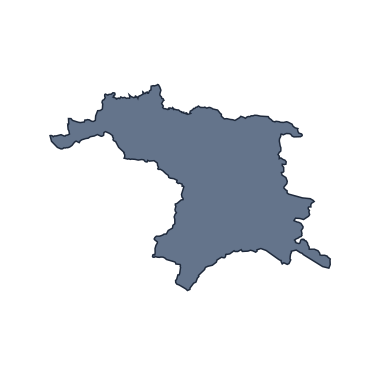 outline of Abura-asebu-kwamankese, Central, Ghana, rotated 103°
{"feature_id": "2480657B30493820921", "entity_name": "Abura-asebu-kwamankese", "entity_type": "district", "adm_level": 2, "iso_a3": "GHA", "parent_name": "Ghana", "parent_adm1": "Central", "projection": "equal_earth", "projection_center": [-1.222, 5.267], "detail": "fine", "context": "isolated", "style": "filled", "palette": "slate", "viewbox_px": 384, "rotation_deg": 103, "n_neighbors": 0, "source": "geoboundaries", "source_scale": "gbopen_adm2", "svg_char_len": 6073}
<svg xmlns="http://www.w3.org/2000/svg" viewBox="0 0 384 384"><g transform="rotate(103 192 192)"><path d="M235.4,41.5L231.7,41.0L227.3,42.2L226.2,42.2L224.9,45.0L224.1,45.8L223.8,48.5L224.6,51.8L224.5,53.1L222.8,53.9L220.9,56.0L220.2,59.9L221.4,64.9L219.3,65.5L217.2,67.4L215.8,67.9L214.0,69.9L214.1,70.9L213.1,72.1L213.0,73.1L213.6,73.1L213.4,74.0L213.6,74.7L214.5,75.2L217.2,75.4L217.9,75.7L218.2,76.5L218.1,79.1L217.6,79.9L216.9,79.9L215.8,81.3L214.3,80.0L212.7,77.8L211.8,77.3L210.8,75.7L209.4,75.1L208.9,75.6L207.7,75.5L204.9,76.9L202.1,75.8L200.8,76.0L198.1,78.8L197.5,81.2L197.6,82.7L197.0,86.2L196.7,86.2L194.2,85.2L193.5,80.9L193.7,77.1L189.4,73.0L187.6,72.3L185.0,73.7L183.6,73.4L182.3,75.0L180.8,75.2L180.2,74.6L179.8,72.8L177.6,73.4L176.1,73.0L173.8,70.8L172.9,72.1L171.9,75.3L172.9,83.0L172.3,97.4L171.5,99.1L169.3,99.7L168.9,101.1L167.4,103.4L166.4,103.5L162.5,101.5L160.1,101.6L156.8,103.8L155.3,108.0L152.9,109.3L152.3,107.8L151.5,107.2L147.4,108.2L146.0,110.0L144.6,110.3L144.5,108.4L143.8,106.8L141.4,107.0L140.1,108.6L139.8,110.7L138.8,113.1L139.9,114.5L137.5,115.0L136.2,116.6L133.5,115.8L132.5,114.8L131.4,114.8L128.8,115.4L127.4,116.4L122.7,118.4L120.5,118.7L118.0,118.1L115.7,118.3L115.4,117.5L115.8,116.0L113.8,113.3L113.2,110.1L113.6,108.6L115.0,107.1L115.4,105.1L113.7,98.7L112.4,97.4L111.7,97.4L110.8,98.3L110.6,101.1L109.1,102.5L107.2,103.3L106.4,103.1L106.3,105.9L105.2,108.3L103.4,109.8L102.3,114.5L102.3,115.7L103.6,118.4L104.2,121.6L103.9,122.9L104.2,126.1L105.0,126.9L104.9,129.4L103.7,131.0L102.8,133.3L101.4,134.7L102.7,142.4L102.7,145.9L103.1,148.2L104.1,149.8L104.5,151.6L105.5,152.4L105.8,154.2L106.7,155.5L108.2,156.5L107.6,158.5L107.3,161.5L108.8,162.3L112.6,166.2L112.4,168.6L112.7,171.0L112.7,174.7L113.5,177.0L111.6,180.4L109.6,180.9L109.1,182.1L106.4,185.5L106.4,190.7L106.0,191.3L105.6,193.6L105.8,194.6L107.0,196.5L106.4,198.6L106.9,199.1L107.7,202.8L106.8,205.1L108.1,206.1L108.6,207.3L110.0,208.1L110.3,209.3L111.5,209.7L113.7,211.9L115.1,211.9L115.7,210.9L117.3,213.5L117.1,215.1L116.6,214.8L116.6,215.2L116.2,215.3L116.5,215.9L116.9,216.0L116.7,216.5L117.0,216.9L116.9,218.2L116.2,218.2L116.8,219.9L116.1,220.3L116.2,221.5L115.1,223.5L115.4,225.3L115.3,227.4L115.8,228.5L115.1,229.2L114.7,228.9L114.2,229.8L114.8,229.8L115.2,230.9L115.0,231.7L115.4,232.8L115.2,233.0L115.3,233.4L116.1,233.8L116.6,233.2L117.1,234.2L116.8,237.0L117.1,238.0L116.3,239.6L114.7,239.3L112.7,241.5L109.4,240.5L109.0,240.0L107.6,241.2L107.6,242.5L106.2,243.2L105.2,244.8L103.9,245.4L99.8,245.2L97.0,247.0L95.1,248.8L95.0,249.7L95.9,250.4L97.2,252.8L97.1,253.7L98.1,255.6L101.8,255.0L103.0,256.2L105.5,256.7L105.7,257.6L104.7,258.1L105.3,259.2L106.5,259.6L106.9,261.0L106.5,261.6L105.9,261.5L105.5,262.4L107.6,261.7L109.9,264.2L110.2,265.0L111.8,265.8L112.8,265.8L111.8,266.5L112.2,266.9L110.8,269.0L112.2,268.2L112.6,268.8L112.6,269.4L113.2,269.8L112.7,272.9L111.5,275.0L113.1,274.1L114.7,273.9L114.9,275.6L115.5,276.9L114.9,278.9L115.8,280.7L115.4,282.8L117.2,283.4L117.0,284.7L117.4,285.1L117.6,285.9L118.1,286.1L117.9,286.6L118.3,286.7L117.1,289.1L117.5,289.6L117.3,290.2L116.7,289.5L115.8,290.0L114.6,288.9L113.1,289.4L112.9,290.0L113.1,291.4L114.8,292.6L115.6,295.0L116.5,295.8L116.1,298.5L116.8,298.9L118.1,298.7L119.6,297.8L121.8,298.5L122.8,299.7L123.7,299.9L125.1,299.8L126.3,298.8L131.3,298.0L133.2,299.7L134.0,302.2L139.5,303.0L144.0,302.3L145.4,303.9L145.7,305.6L144.8,308.3L145.0,310.3L145.7,311.2L145.9,312.5L148.0,312.7L149.5,316.5L149.6,318.7L149.1,324.6L147.7,326.4L148.2,328.9L153.1,327.5L153.5,327.5L153.8,328.3L154.4,327.8L154.8,328.1L158.8,326.8L160.1,325.7L163.1,324.4L164.6,326.2L165.1,327.6L166.0,328.2L166.2,329.4L165.6,332.5L167.9,336.9L168.4,338.8L169.4,339.7L168.7,340.9L168.6,342.0L169.0,343.0L174.2,340.3L178.8,333.2L179.5,329.3L179.0,327.8L177.7,326.7L177.7,325.5L177.0,324.3L176.8,323.0L175.7,321.3L173.6,319.4L169.9,317.7L168.5,316.4L169.3,313.0L167.3,312.4L165.9,311.1L163.8,307.5L162.9,305.2L161.0,303.5L159.4,299.8L157.3,297.1L158.1,293.5L158.0,292.4L156.7,290.9L153.9,291.2L152.6,289.8L153.5,285.3L155.0,282.0L156.0,281.9L157.1,280.7L158.9,280.7L159.6,279.8L160.1,277.7L165.0,273.5L168.7,267.1L169.1,267.3L171.1,265.8L173.1,265.5L174.3,265.8L174.4,261.9L173.8,261.0L174.1,259.5L173.5,258.2L173.0,254.8L173.0,251.6L171.7,248.4L171.5,246.3L172.8,244.6L173.0,243.3L172.7,242.4L171.1,242.2L171.5,240.5L170.0,236.0L171.6,232.3L174.1,231.4L175.3,230.2L176.9,230.6L177.4,230.2L177.5,229.6L177.0,227.9L177.8,225.3L180.0,221.6L181.1,218.9L183.0,217.9L183.4,216.3L183.1,212.7L184.0,209.1L185.9,209.2L186.8,207.4L186.2,206.0L186.6,203.4L188.6,202.9L188.2,201.7L188.8,201.1L196.8,201.7L199.2,200.6L200.2,199.3L201.4,199.0L202.2,200.8L206.5,204.0L207.5,205.6L208.6,205.3L209.5,204.5L213.0,204.6L214.4,204.0L215.7,202.5L217.4,203.4L220.3,203.8L222.5,202.6L226.8,201.6L228.8,203.1L231.6,202.9L234.8,206.5L238.6,207.5L239.5,210.0L240.6,210.9L242.3,213.5L243.1,216.8L244.7,217.9L246.3,218.3L247.1,217.4L248.4,214.5L249.6,214.3L252.0,215.1L255.4,215.3L259.7,214.2L261.6,214.2L261.6,215.4L262.1,216.0L263.6,216.0L264.2,215.5L264.2,214.4L263.2,212.9L263.3,211.1L263.0,209.0L262.4,207.8L262.0,205.6L262.4,203.7L263.5,201.7L264.0,193.2L264.4,192.3L265.8,191.5L265.3,187.4L265.9,186.8L267.0,186.8L268.0,186.2L273.7,185.7L275.5,185.8L275.9,187.1L280.8,187.3L281.8,188.1L283.9,187.5L285.2,186.0L285.5,183.6L287.8,176.3L289.0,174.3L287.4,172.1L285.9,172.3L280.5,169.9L278.9,167.9L274.7,167.4L272.8,166.3L271.8,166.9L264.6,162.2L264.0,162.4L262.3,161.8L260.7,159.6L258.8,155.7L254.9,152.5L252.6,152.3L249.0,148.7L248.9,145.9L248.4,145.2L246.6,144.8L245.4,145.1L244.9,144.7L244.9,143.9L243.8,141.3L239.8,137.8L240.3,136.8L239.7,134.0L237.1,131.1L238.6,129.6L237.0,124.1L235.6,122.0L235.6,119.7L236.3,116.4L234.9,115.3L233.7,115.7L231.6,112.2L232.3,106.6L238.2,92.4L238.8,90.4L238.7,89.8L239.9,89.4L241.8,87.9L240.3,86.6L241.1,82.9L239.9,81.4L235.9,80.5L235.3,81.4L232.8,81.8L229.9,82.0L228.7,81.5L227.4,81.9L225.1,77.4L226.7,72.9L227.0,70.7L227.9,69.6L235.3,47.9L235.4,41.5Z" fill="#64748b" stroke="#1e293b" stroke-width="1.5"/></g></svg>